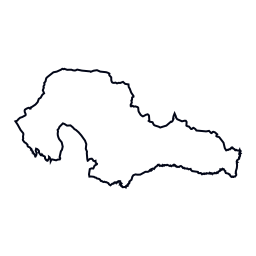 Loeng Nok Tha, Yasothon, Thailand
{"feature_id": "78962969B75091114631629", "entity_name": "Loeng Nok Tha", "entity_type": "district", "adm_level": 2, "iso_a3": "THA", "parent_name": "Thailand", "parent_adm1": "Yasothon", "projection": "mercator", "projection_center": [104.626, 16.21], "detail": "fine", "context": "isolated", "style": "outline", "palette": "ink", "viewbox_px": 256, "rotation_deg": 0, "n_neighbors": 0, "source": "geoboundaries", "source_scale": "gbopen_adm2", "svg_char_len": 5891}
<svg xmlns="http://www.w3.org/2000/svg" viewBox="0 0 256 256"><path d="M217.2,134.3L215.0,132.4L213.5,131.8L212.8,131.9L211.6,133.1L211.1,133.0L209.0,130.9L206.1,131.4L196.4,130.5L195.4,129.1L193.5,127.8L193.1,127.9L191.8,129.0L191.1,129.0L189.0,126.6L187.1,126.1L186.4,125.6L186.6,122.0L185.8,120.8L184.7,120.7L182.0,121.3L177.2,119.2L175.9,117.3L175.9,116.5L174.6,113.5L173.5,116.3L173.1,118.6L173.5,118.9L172.4,121.2L171.5,121.9L170.9,121.7L166.4,125.6L160.2,127.5L158.7,126.7L154.9,125.5L153.8,124.8L152.5,122.2L149.8,121.7L148.7,120.9L149.3,120.2L149.0,116.0L148.8,115.3L147.7,114.3L145.9,114.8L143.4,116.2L142.6,116.3L140.7,114.9L138.9,112.0L138.5,111.0L138.2,107.8L137.6,107.1L135.4,106.4L133.7,106.6L133.2,106.1L132.7,106.1L132.4,105.8L131.1,106.4L130.7,106.0L130.7,104.7L131.8,102.6L131.4,100.4L132.0,99.9L132.1,97.6L132.3,97.3L133.5,96.7L133.5,96.0L131.2,92.6L129.8,88.8L128.7,86.9L128.5,84.4L125.2,83.9L123.0,81.9L120.1,83.0L118.7,82.8L117.0,83.4L115.6,82.6L114.0,82.9L113.0,82.8L112.1,82.3L111.7,81.6L111.3,80.3L111.2,77.3L109.4,75.4L109.2,74.3L109.4,73.6L107.7,72.7L106.1,72.2L100.3,71.6L97.0,70.2L93.6,70.7L90.7,71.8L90.2,71.4L81.9,70.6L77.2,69.6L75.5,70.4L74.5,70.5L73.0,70.3L71.3,69.7L67.1,69.8L64.3,68.8L63.7,69.2L62.3,68.8L61.2,69.6L56.8,71.6L53.4,72.3L47.3,77.1L46.2,78.3L45.5,81.4L44.2,83.0L44.5,83.8L44.4,84.9L43.6,86.1L43.5,87.1L43.8,87.7L42.8,90.2L44.1,93.3L42.3,94.8L40.7,97.7L38.8,98.9L37.6,102.2L35.4,104.6L31.8,107.0L31.1,107.2L30.6,108.6L29.8,108.6L29.3,107.9L28.5,107.8L26.6,108.6L24.9,109.7L24.6,110.8L24.8,112.1L25.7,114.2L25.5,115.3L22.1,117.1L20.2,117.7L18.4,119.2L17.2,120.7L15.4,121.3L17.5,124.4L20.6,130.0L23.2,133.2L23.4,134.2L23.0,136.6L23.2,138.6L22.8,139.7L23.0,140.3L24.5,142.3L25.8,143.0L27.5,144.7L27.5,145.8L27.9,146.5L29.7,147.4L31.3,149.0L31.1,149.6L31.6,149.7L31.6,150.5L32.7,151.4L32.6,151.8L33.1,152.4L32.9,152.7L33.2,152.8L33.4,153.6L34.1,153.9L34.8,155.1L35.3,155.3L35.1,157.3L36.4,154.8L36.5,153.5L36.8,152.9L36.1,151.8L35.7,150.6L36.1,148.7L37.4,149.2L38.6,150.4L39.0,151.1L38.9,152.5L40.8,155.2L41.7,155.3L42.0,154.5L43.2,155.9L44.6,156.4L45.0,157.0L45.0,158.2L45.3,158.9L45.8,159.7L46.1,160.0L46.5,159.9L47.2,160.8L47.6,160.7L48.7,158.9L49.2,157.6L49.1,156.9L49.5,157.2L50.6,159.4L50.7,161.2L51.4,159.8L52.1,159.4L56.1,160.3L57.7,159.6L59.8,159.4L60.2,158.6L60.2,158.0L59.6,157.1L60.9,151.3L62.0,149.7L62.7,146.6L61.7,142.3L59.2,139.2L58.4,137.4L57.8,135.2L57.7,133.4L58.0,131.3L57.6,129.9L58.7,128.7L59.5,126.8L62.9,123.4L64.5,124.0L67.0,125.6L70.5,125.4L72.9,127.4L74.4,129.1L76.0,130.0L78.6,132.3L81.3,135.4L85.0,140.6L86.3,144.1L85.8,148.8L87.0,151.7L86.8,153.1L87.3,159.2L87.7,160.7L88.2,160.5L89.0,159.5L90.0,158.9L91.8,158.7L92.7,159.6L93.4,160.8L94.7,161.1L95.5,160.8L95.7,162.8L97.0,163.8L96.9,164.3L94.6,165.6L93.3,168.5L91.4,168.4L89.8,169.1L89.0,174.3L89.4,176.6L91.2,176.5L93.9,176.8L94.7,177.4L95.9,177.6L96.8,178.4L99.0,178.9L100.0,179.6L100.8,180.9L101.8,181.0L102.3,181.5L103.6,182.0L104.5,181.7L105.2,182.1L106.2,182.1L108.4,183.2L109.0,184.3L110.4,185.3L112.3,183.7L113.0,183.8L113.5,183.3L113.8,183.4L114.5,182.4L115.3,182.4L116.0,183.0L116.1,182.7L116.5,182.7L116.6,182.3L117.1,182.4L117.4,182.1L117.8,182.3L118.2,181.4L118.8,181.6L119.1,181.5L119.2,181.1L120.0,181.2L119.9,181.6L120.2,181.7L120.6,182.4L120.4,182.8L120.9,183.1L120.5,183.5L121.2,183.8L120.7,184.2L120.4,184.0L120.1,184.5L120.8,184.5L120.6,184.9L121.1,185.3L120.8,185.4L120.9,185.7L122.7,187.2L125.4,186.9L125.6,187.1L125.7,186.8L125.9,187.0L126.1,186.3L127.5,185.9L127.2,185.2L128.2,184.7L128.2,183.9L129.0,183.5L129.4,182.9L129.2,182.4L129.5,182.0L129.4,181.5L131.5,179.7L132.4,176.6L133.4,175.2L135.5,174.4L137.3,174.7L140.3,174.6L145.4,171.8L147.7,171.8L148.7,171.5L149.9,170.1L150.9,170.8L151.4,170.4L150.7,170.0L150.9,169.4L152.7,168.6L153.8,168.9L153.8,168.5L154.5,168.3L155.5,166.9L156.8,166.2L157.9,164.8L158.9,164.7L159.1,165.4L159.9,166.0L160.8,165.5L161.6,165.9L162.0,165.6L162.5,165.9L162.9,165.0L163.9,165.6L164.1,165.3L164.4,165.4L164.7,165.0L166.4,165.2L167.1,164.8L169.9,166.0L170.5,165.5L171.4,166.2L173.7,164.8L173.8,165.1L174.1,164.8L174.9,165.0L175.1,165.2L174.9,165.7L175.5,165.7L175.8,166.3L176.3,166.2L177.1,167.0L177.8,166.7L179.0,167.0L179.7,166.4L180.9,166.0L182.4,167.1L183.0,168.0L184.0,167.8L184.5,168.5L185.8,168.4L186.8,168.7L187.4,168.5L188.5,169.3L190.6,168.9L191.0,170.0L192.2,171.1L197.9,171.9L198.2,172.9L198.9,173.2L200.8,173.0L202.0,174.3L203.0,173.7L203.5,173.9L203.9,173.6L204.2,173.9L204.7,173.6L205.0,173.9L206.3,173.3L206.5,173.6L207.0,173.3L208.7,173.5L209.2,173.5L209.4,173.2L209.5,173.4L210.1,173.2L210.3,173.5L210.7,173.1L211.8,173.8L211.8,173.3L213.1,173.6L214.6,172.9L214.9,173.3L215.7,173.2L216.3,172.9L216.4,173.0L216.8,172.5L217.3,172.8L217.7,172.4L217.9,172.6L218.5,171.5L219.7,171.1L220.0,170.4L220.4,170.5L221.0,170.1L220.6,169.3L221.8,169.2L222.3,169.4L222.6,168.8L223.2,169.1L223.7,169.1L224.5,170.5L225.3,171.1L225.2,171.6L225.8,173.0L228.4,173.7L229.0,174.3L229.5,174.3L230.5,176.0L231.4,176.9L232.2,176.5L232.9,177.0L233.4,177.0L233.9,176.5L235.0,176.6L236.2,175.1L236.2,174.0L235.6,173.1L236.0,172.2L235.8,171.4L236.8,168.1L237.1,165.0L236.8,163.6L237.1,162.8L236.9,162.4L237.3,162.2L236.7,161.8L236.7,161.4L237.1,160.3L239.1,158.8L239.3,157.9L239.0,157.8L239.0,157.4L239.6,156.4L239.9,156.3L240.1,155.6L239.6,154.8L240.0,154.8L240.2,153.9L239.9,153.6L240.5,153.4L240.2,153.1L240.2,152.7L239.8,152.5L240.6,151.6L240.6,151.1L240.0,151.0L240.0,150.7L239.6,150.8L239.5,150.2L239.3,150.6L239.1,150.4L238.6,150.6L237.2,150.4L236.3,149.9L235.7,150.3L235.3,150.2L235.3,149.8L234.7,149.6L234.4,149.1L233.0,148.5L232.7,147.7L232.3,147.4L231.6,147.5L231.2,148.3L230.7,148.3L230.0,149.3L229.2,149.2L228.3,149.9L227.3,149.8L226.6,150.3L226.1,150.3L224.8,148.1L223.5,142.7L219.4,137.4L218.6,136.8L217.3,136.7L216.4,136.2L216.5,135.2L217.2,134.3Z" fill="none" stroke="#020617" stroke-width="2"/></svg>